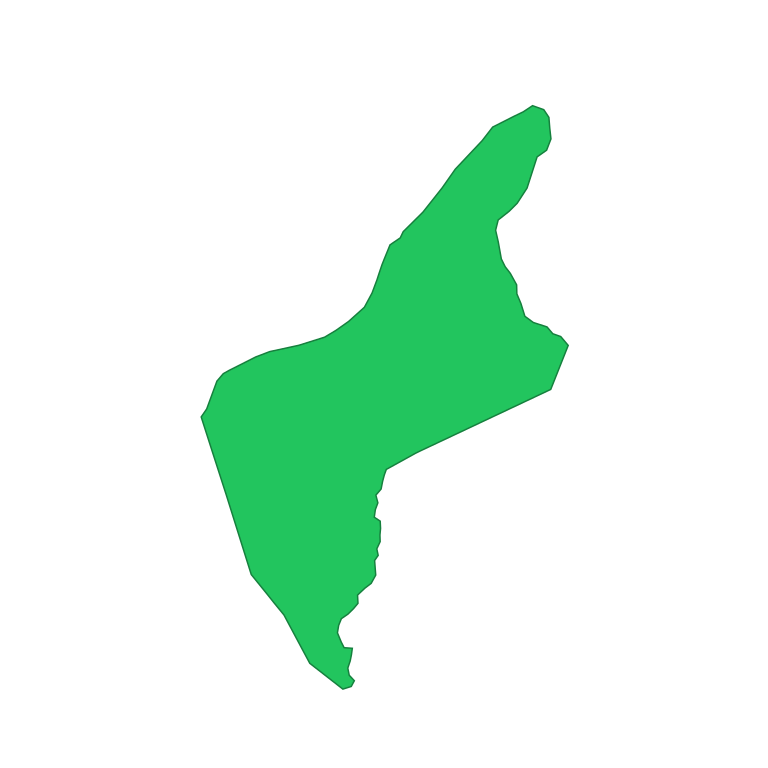 the district of Porto, Piauí, Brazil, rotated 14°
{"feature_id": "56859067B55795735000748", "entity_name": "Porto", "entity_type": "district", "adm_level": 2, "iso_a3": "BRA", "parent_name": "Brazil", "parent_adm1": "Piauí", "projection": "mercator", "projection_center": [-42.697, -3.945], "detail": "fine", "context": "isolated", "style": "filled", "palette": "green", "viewbox_px": 768, "rotation_deg": 14, "n_neighbors": 0, "source": "geoboundaries", "source_scale": "gbopen_adm2", "svg_char_len": 1376}
<svg xmlns="http://www.w3.org/2000/svg" viewBox="0 0 768 768"><g transform="rotate(14 384 384)"><path d="M354.0,262.8L353.2,268.8L352.4,278.5L352.0,284.5L350.4,298.6L346.4,314.3L334.5,331.9L324.5,343.5L315.1,352.9L291.9,367.1L265.3,380.2L253.1,388.7L230.6,408.1L225.6,412.8L221.2,421.6L218.0,451.1L214.6,460.2L231.2,487.0L257.5,529.3L301.3,601.0L322.4,616.9L330.2,622.9L342.8,632.3L368.0,660.2L379.6,673.0L417.9,690.0L425.4,685.4L427.0,679.1L420.7,675.0L417.6,668.4L418.2,660.9L417.9,654.6L417.2,648.1L409.1,649.5L405.0,644.8L399.0,636.7L398.4,629.1L399.4,622.0L404.7,616.0L408.8,609.3L411.8,603.1L409.4,595.2L414.8,586.8L419.8,580.5L422.2,571.4L419.8,564.2L417.6,557.5L419.8,551.7L416.9,545.7L418.4,537.9L416.6,531.5L415.6,525.0L413.5,518.0L406.8,515.6L406.0,508.0L406.8,500.8L403.0,493.8L406.6,486.6L406.2,478.8L406.3,472.2L406.9,466.3L431.2,443.7L435.7,439.9L524.6,367.3L547.1,348.9L553.4,302.0L544.0,295.2L535.6,294.4L528.4,289.2L514.0,288.2L504.3,284.2L497.4,272.8L491.1,264.4L488.7,255.7L479.8,246.1L473.2,240.9L467.6,234.3L460.5,218.5L455.1,207.8L455.1,197.2L463.6,186.2L469.5,176.4L475.4,159.3L477.6,126.6L485.2,117.8L486.7,105.8L483.0,95.8L479.5,85.4L472.7,79.2L460.8,78.0L453.3,86.2L445.6,92.6L427.3,108.4L420.4,124.1L401.2,158.3L393.0,179.6L380.2,207.8L365.8,231.5L364.4,238.3L356.2,247.5L354.0,262.8Z" fill="#22c55e" stroke="#15803d" stroke-width="1.5"/></g></svg>